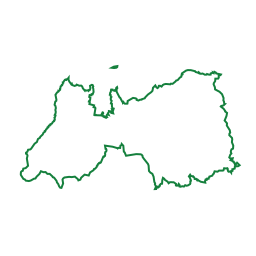 the district of Probolinggo, Jawa Timur, Indonesia, rotated 357°
{"feature_id": "22746128B57336658570108", "entity_name": "Probolinggo", "entity_type": "district", "adm_level": 2, "iso_a3": "IDN", "parent_name": "Indonesia", "parent_adm1": "Jawa Timur", "projection": "natural_earth1", "projection_center": [113.292, -7.852], "detail": "fine", "context": "isolated", "style": "outline", "palette": "green", "viewbox_px": 256, "rotation_deg": 357, "n_neighbors": 0, "source": "geoboundaries", "source_scale": "gbopen_adm2", "svg_char_len": 5822}
<svg xmlns="http://www.w3.org/2000/svg" viewBox="0 0 256 256"><g transform="rotate(357 128 128)"><path d="M231.5,166.9L229.0,165.6L230.7,164.6L231.0,163.7L228.7,163.9L227.6,162.7L228.8,159.9L229.9,158.9L229.4,157.4L229.6,156.2L230.3,154.7L231.8,154.1L232.2,151.1L231.0,147.6L231.5,144.8L231.3,143.3L228.8,140.5L229.0,138.9L229.8,138.0L229.5,135.5L226.8,130.7L227.1,128.5L224.9,125.6L227.0,121.1L227.7,118.1L225.9,116.6L226.0,116.2L224.5,113.8L221.8,111.4L222.2,110.9L224.6,110.4L226.1,109.1L225.4,108.9L225.2,106.4L224.7,105.6L225.0,103.1L223.7,99.2L221.3,96.6L217.0,94.0L216.9,91.8L215.8,88.9L216.0,87.8L217.5,85.7L217.8,83.3L220.6,83.4L221.3,82.4L221.3,79.9L223.1,80.1L223.6,79.4L218.9,78.1L218.7,77.3L217.2,76.4L216.6,77.6L215.9,77.1L216.0,77.6L215.3,77.3L213.5,77.8L213.3,79.0L211.8,79.0L209.7,78.2L209.3,78.8L207.6,78.8L205.3,77.5L203.7,77.7L202.1,77.3L201.3,76.8L201.9,76.4L201.6,76.1L201.4,76.6L198.4,75.6L198.0,74.8L193.7,73.5L190.8,73.3L189.0,73.7L184.7,76.3L184.4,77.4L185.1,77.2L185.2,77.4L184.4,77.8L183.9,79.6L182.4,80.4L180.1,82.8L178.6,83.1L177.9,84.0L174.9,86.2L173.0,86.0L172.5,86.6L168.1,86.0L166.2,86.3L165.0,86.9L163.7,88.4L162.2,87.5L161.0,87.5L160.5,89.0L159.5,89.7L158.4,88.8L157.5,86.9L155.1,89.1L154.4,92.1L153.1,93.4L149.7,95.6L146.7,98.4L146.3,99.2L143.3,100.0L143.1,100.4L141.5,100.4L139.8,101.1L138.1,100.4L138.1,99.4L137.3,98.8L134.6,98.2L129.1,101.0L128.7,103.6L128.4,103.7L126.0,103.5L125.4,103.1L124.8,101.8L124.3,102.3L124.3,101.5L123.6,101.4L121.8,97.4L121.2,97.1L118.6,91.3L118.5,89.0L119.4,87.7L119.2,86.6L118.4,87.2L118.0,88.8L117.6,89.3L117.1,89.3L116.7,90.2L115.0,89.6L114.7,88.9L113.6,89.0L113.3,88.0L112.7,91.0L112.1,91.8L111.6,93.9L112.4,94.1L112.5,96.1L113.0,96.3L112.3,97.6L112.3,99.0L113.1,100.0L112.2,102.6L113.2,103.0L113.1,105.8L113.6,107.6L114.7,107.9L114.1,109.6L113.1,109.0L114.0,112.6L112.0,112.0L111.6,110.5L109.8,110.1L109.7,111.2L108.7,112.2L109.3,113.8L108.5,113.4L107.8,113.6L106.9,115.0L107.2,115.4L106.7,115.6L107.0,115.9L106.7,115.9L107.0,116.5L106.7,116.7L104.3,115.5L104.5,114.9L103.1,114.5L103.4,112.9L104.0,112.1L103.9,111.3L103.4,111.1L101.8,114.0L96.1,113.5L96.2,113.2L95.1,113.1L96.5,106.6L96.3,105.8L94.7,105.4L95.3,103.6L90.7,102.1L91.2,100.3L90.8,100.0L90.9,99.5L90.4,99.4L90.6,99.0L91.1,99.2L91.6,98.1L92.0,95.8L90.9,95.0L91.4,93.1L93.1,93.4L93.3,92.6L93.8,92.8L93.9,93.4L94.1,92.3L94.5,92.4L95.5,90.2L95.4,87.0L95.0,85.5L95.5,84.7L94.9,83.2L94.1,83.0L92.3,83.9L92.5,86.6L91.8,88.0L91.3,87.9L90.6,88.8L90.2,88.2L88.8,88.5L87.2,88.0L86.9,88.5L85.0,86.0L84.4,84.1L83.5,83.2L81.5,83.2L79.0,82.0L78.5,82.7L76.9,83.2L74.6,82.2L74.2,80.8L73.6,81.3L71.8,78.5L71.1,76.7L71.3,74.7L70.0,76.2L68.9,76.1L68.7,76.8L67.5,76.6L65.8,78.7L65.8,79.2L65.3,79.2L65.4,79.8L64.6,81.6L64.1,81.6L63.9,82.3L62.9,82.9L62.3,85.8L62.0,85.7L61.8,86.6L60.8,87.5L60.4,87.3L60.3,88.1L59.0,88.8L57.3,91.1L58.0,96.0L57.8,97.1L56.8,97.8L55.9,101.0L56.7,102.2L57.0,104.3L56.4,106.2L56.7,108.1L56.4,109.6L55.6,111.0L56.1,111.1L56.3,111.7L55.6,113.4L55.1,113.7L55.4,115.5L55.0,116.6L54.4,116.7L54.4,117.4L53.1,118.2L52.4,119.5L50.7,120.2L50.8,120.7L50.0,121.0L50.0,121.4L49.0,121.6L48.7,122.5L48.1,122.8L48.3,123.1L47.5,123.5L47.5,124.1L46.1,125.1L45.3,126.7L44.8,126.7L44.8,127.4L43.4,128.2L42.5,130.0L39.9,132.2L39.6,133.1L37.5,134.3L36.3,137.2L33.9,138.8L30.2,143.6L29.3,144.3L27.1,144.5L26.3,146.4L24.9,147.3L24.8,148.3L25.8,148.9L26.2,150.4L25.4,153.2L26.2,160.5L23.7,162.7L21.3,163.1L20.7,165.2L19.5,165.6L18.8,166.4L18.5,168.6L18.6,169.4L20.9,173.4L22.2,173.9L23.2,175.2L26.2,175.8L28.1,175.4L31.5,173.7L32.9,173.6L34.2,171.8L37.1,169.3L38.8,166.6L41.2,167.7L43.4,167.7L45.1,169.6L47.4,169.7L50.2,172.6L50.3,173.2L51.6,173.7L53.9,177.1L54.2,178.6L55.4,180.3L56.2,182.7L57.2,184.1L58.4,184.3L60.3,180.0L59.9,176.1L60.5,175.1L61.9,174.1L66.6,173.7L69.2,174.1L72.4,173.8L75.2,176.4L75.7,177.7L77.7,177.1L78.6,175.2L82.2,172.3L86.3,173.4L87.8,170.4L91.4,168.3L92.0,167.1L93.1,166.9L94.8,165.1L94.9,164.3L95.6,163.9L95.5,163.5L96.3,162.3L97.3,161.9L97.3,161.4L98.0,161.1L98.4,161.4L99.1,161.0L101.8,155.4L102.5,155.5L102.9,154.7L103.6,154.6L103.9,152.8L103.7,152.1L104.1,150.8L105.0,150.3L105.4,149.0L105.1,147.8L104.5,147.7L104.1,144.4L111.7,145.9L116.2,147.5L116.6,147.9L117.3,147.3L119.1,147.5L119.5,145.2L120.7,144.7L120.9,143.7L122.4,145.5L122.6,151.4L123.4,152.2L124.6,155.6L134.9,154.5L139.0,154.9L140.1,155.3L141.0,156.4L141.1,157.7L142.2,159.5L146.1,165.0L146.6,166.6L146.7,172.0L148.0,173.7L149.9,175.0L151.0,178.0L151.5,183.3L152.2,184.7L151.9,185.6L152.9,188.1L151.7,190.4L152.8,190.4L152.8,189.7L153.5,189.4L153.7,188.7L154.3,188.9L154.4,188.2L155.4,188.7L156.5,187.9L156.8,187.2L156.5,186.9L157.8,185.5L159.1,185.4L159.5,182.0L160.3,179.6L161.6,180.6L162.0,181.6L164.8,183.7L165.7,185.3L167.1,184.3L170.8,184.6L173.0,186.3L172.8,187.7L173.1,188.1L174.8,188.1L175.7,186.5L176.6,187.8L176.4,189.1L177.2,189.4L179.3,189.0L180.8,189.4L182.1,188.1L183.3,188.7L184.8,188.5L187.0,187.3L187.4,186.4L187.4,184.5L188.0,184.2L188.1,183.6L187.2,180.9L186.3,179.5L187.6,177.9L188.4,179.3L190.5,179.6L190.7,180.3L191.1,180.3L191.8,181.4L191.9,182.4L193.5,182.6L193.9,183.2L194.0,182.7L194.9,183.2L195.5,184.0L197.9,185.5L202.3,186.6L202.1,185.1L202.8,183.5L203.7,183.9L204.1,183.0L204.5,183.3L204.8,182.9L205.6,182.9L205.5,182.4L206.5,181.8L206.7,180.8L209.7,180.0L210.4,178.7L211.2,178.2L212.2,175.8L215.2,176.3L216.7,175.3L220.3,175.5L221.1,175.3L221.9,173.2L223.9,173.6L225.0,173.3L225.4,173.7L225.5,175.9L225.9,176.7L226.4,177.0L228.4,176.5L228.3,177.4L228.7,178.0L228.8,177.0L230.2,176.2L230.0,174.7L232.4,174.1L232.7,172.0L236.0,171.9L237.5,171.0L235.1,168.4L233.2,170.8L232.9,170.0L233.2,169.0L232.4,168.8L232.2,167.8L231.4,167.3L231.5,166.9ZM120.6,65.6L117.1,66.0L114.9,67.0L117.2,67.4L119.5,67.2L120.4,66.6L120.6,65.6Z" fill="none" stroke="#15803d" stroke-width="2"/></g></svg>